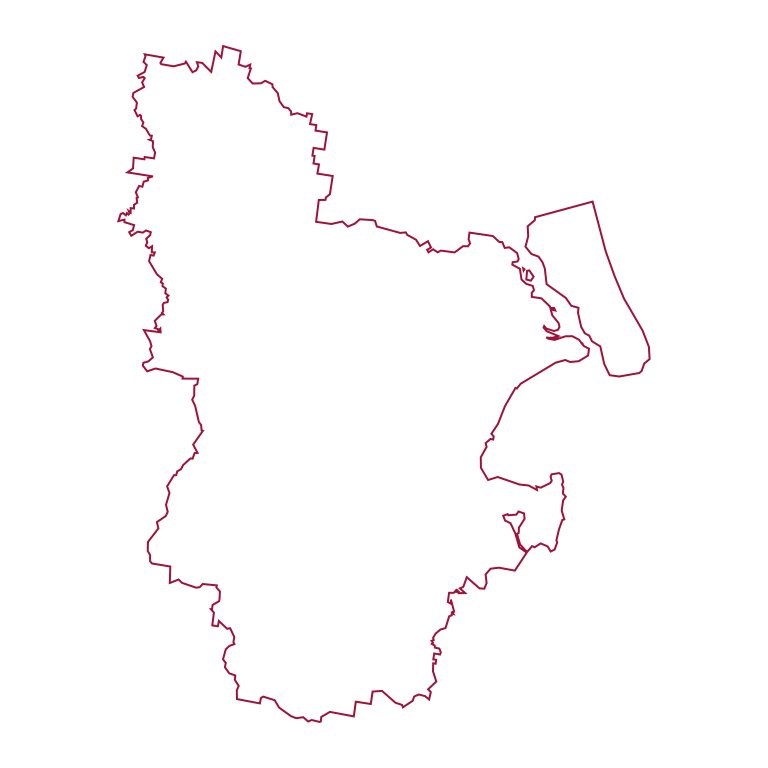 outline of Moreton Bay, Queensland, Australia
{"feature_id": "25037944B19400187923346", "entity_name": "Moreton Bay", "entity_type": "district", "adm_level": 2, "iso_a3": "AUS", "parent_name": "Australia", "parent_adm1": "Queensland", "projection": "orthographic", "projection_center": [152.949, -27.107], "detail": "fine", "context": "isolated", "style": "outline", "palette": "rose", "viewbox_px": 768, "rotation_deg": 0, "n_neighbors": 0, "source": "geoboundaries", "source_scale": "gbopen_adm2", "svg_char_len": 6091}
<svg xmlns="http://www.w3.org/2000/svg" viewBox="0 0 768 768"><path d="M514.9,570.6L526.7,552.6L519.3,547.4L515.4,533.6L510.5,523.2L505.1,520.6L503.2,515.7L507.6,514.1L508.2,515.3L516.4,514.6L518.5,511.5L524.0,513.4L524.6,518.8L518.9,527.7L518.7,532.9L517.0,533.9L520.1,544.5L525.7,550.6L527.6,551.4L532.1,546.1L534.7,547.3L540.6,543.4L547.6,546.4L550.7,551.5L554.6,549.6L557.2,542.4L556.4,540.3L559.0,529.3L562.3,520.0L564.3,519.4L561.7,510.5L563.1,500.5L565.8,496.7L562.8,493.3L563.5,488.0L562.0,484.7L563.2,481.6L561.5,474.6L559.1,473.1L551.6,474.3L550.6,476.9L551.7,480.8L550.3,483.0L540.7,487.7L536.4,486.4L537.0,490.0L528.7,485.5L519.5,484.5L497.7,477.0L488.1,480.0L480.9,467.8L480.8,457.2L486.6,446.9L485.6,443.2L490.4,439.0L493.2,439.5L493.7,436.4L491.4,433.8L498.0,423.9L504.9,406.3L515.5,387.9L516.9,388.5L520.7,383.7L555.6,362.7L565.3,360.0L570.2,362.0L578.8,361.2L588.1,355.5L589.0,348.7L583.8,346.0L582.2,343.8L583.1,343.0L581.8,343.6L579.1,339.8L572.3,336.2L565.5,336.3L554.6,339.9L548.3,338.7L546.3,337.4L551.3,338.2L558.3,336.0L546.7,331.2L543.6,327.6L544.2,326.0L546.3,328.6L554.1,331.0L558.0,329.8L559.5,326.9L558.6,323.1L552.3,315.3L549.9,306.4L541.4,298.3L531.8,296.9L531.8,292.8L534.0,290.2L532.7,285.9L526.3,283.9L521.5,279.5L519.9,268.8L512.3,264.6L512.7,262.2L517.5,261.5L518.7,259.0L517.1,253.1L509.3,247.3L504.7,247.9L502.3,242.1L499.3,242.0L492.8,236.0L469.5,232.6L468.6,239.2L470.1,243.3L468.0,246.3L463.0,246.2L454.7,252.4L440.8,250.6L437.7,252.3L433.1,249.3L428.5,252.3L427.1,249.8L431.0,247.5L428.0,241.2L420.0,246.0L416.0,239.7L407.1,234.8L405.9,232.4L400.1,232.9L376.8,226.5L375.1,221.0L372.8,220.1L359.8,219.3L354.7,223.7L347.8,226.6L342.4,221.5L331.4,224.0L316.1,221.8L318.8,200.0L325.4,199.9L325.9,197.5L329.9,194.2L332.7,176.0L317.4,173.6L319.0,164.4L313.5,163.5L314.6,156.0L312.4,155.7L313.6,147.9L324.4,149.6L327.0,132.4L315.5,130.6L316.3,125.1L310.0,124.1L312.2,114.1L307.0,113.3L306.5,116.6L297.4,113.2L291.2,114.7L291.0,111.4L288.3,108.1L283.9,107.2L279.5,101.2L277.8,93.2L272.6,87.1L272.4,84.3L265.2,80.8L261.0,83.3L252.7,83.5L247.7,78.1L250.9,68.4L249.5,68.2L250.2,64.6L245.4,66.8L238.6,64.5L240.8,51.2L223.1,46.1L221.3,57.5L215.5,51.4L211.2,71.9L202.2,62.9L196.9,62.2L198.3,66.4L196.2,70.4L192.5,72.2L185.9,61.6L184.8,63.5L173.7,66.3L161.3,64.2L160.4,62.9L163.5,57.6L144.7,54.3L145.5,56.2L143.5,61.9L146.8,65.1L144.6,72.0L137.7,75.7L139.0,78.0L143.4,76.9L144.7,78.2L142.1,82.4L144.1,87.0L133.4,92.9L132.6,96.8L136.9,102.6L136.1,108.6L134.5,110.1L137.6,116.3L140.1,114.9L141.1,115.9L141.1,119.2L143.4,122.5L142.1,126.1L145.9,128.8L149.9,135.5L151.8,135.7L151.1,139.3L149.5,139.7L153.1,141.3L152.7,147.1L155.1,152.5L154.0,158.4L144.7,157.0L144.4,159.3L133.7,157.7L133.0,168.5L127.4,172.4L152.9,176.4L147.8,178.0L148.0,180.4L143.7,181.7L142.4,186.7L139.1,186.0L135.8,192.3L137.9,197.4L136.6,197.9L137.2,202.7L134.0,204.8L134.0,208.5L130.7,208.1L130.6,212.5L128.8,211.1L129.7,213.3L128.5,214.6L126.9,213.1L125.9,215.3L123.0,213.0L120.6,214.1L118.4,221.1L124.4,219.6L124.5,222.2L134.1,225.1L132.8,230.1L129.2,232.2L131.3,235.8L137.7,231.7L142.8,232.6L146.1,230.5L150.8,232.2L150.1,235.2L146.2,238.9L147.3,242.1L145.8,245.8L148.9,248.2L152.1,246.2L151.8,252.4L154.8,252.4L153.6,255.6L150.5,255.0L149.1,261.2L157.0,274.4L162.2,278.8L160.8,282.3L162.8,283.5L162.5,286.2L165.9,288.6L165.3,293.3L168.5,295.6L166.6,297.3L168.2,299.8L167.5,302.1L163.7,303.0L162.7,304.9L163.2,311.4L162.0,312.9L163.4,314.4L161.2,314.5L154.8,320.8L156.5,325.9L154.9,328.0L158.0,329.1L158.3,330.8L160.3,328.6L160.6,332.3L143.9,330.1L150.1,341.2L151.5,346.2L149.9,349.1L152.9,357.4L148.3,361.4L143.4,362.8L142.8,365.6L147.2,371.3L155.5,368.5L172.9,372.2L182.8,376.6L182.5,378.6L198.2,378.7L197.3,384.2L194.3,385.6L194.2,395.6L192.2,399.7L195.1,405.7L198.9,422.1L201.1,425.0L201.6,430.4L202.9,430.8L193.2,444.6L197.5,452.9L194.6,453.1L192.6,458.7L190.4,458.4L183.2,465.0L181.0,469.2L177.2,471.4L176.2,475.1L174.0,475.2L167.1,486.4L169.5,493.0L166.0,504.8L167.7,511.8L165.8,516.0L156.9,522.1L158.4,528.4L148.0,541.9L147.7,550.9L150.1,555.1L150.1,561.2L152.0,563.5L170.3,566.5L169.8,583.0L178.6,579.5L182.1,582.9L196.2,587.7L199.7,587.2L202.7,584.0L216.8,585.4L216.4,587.5L219.9,591.4L219.6,598.4L219.1,601.2L212.6,604.9L212.1,608.9L210.8,609.1L213.9,612.6L212.3,625.4L217.9,626.3L218.9,621.0L227.2,628.8L230.1,628.2L234.3,637.0L233.4,642.1L234.4,644.1L229.4,645.9L225.8,649.3L223.0,659.3L225.8,663.0L224.9,667.1L229.2,673.3L235.3,675.5L234.8,679.8L238.7,685.9L236.8,690.5L237.0,699.1L259.9,703.4L260.9,698.0L263.2,696.6L274.7,700.2L279.1,707.6L290.9,716.1L296.2,718.2L303.2,717.2L308.2,721.5L311.7,720.0L319.4,721.9L320.8,721.5L321.3,716.9L329.9,711.9L353.8,716.4L355.8,701.7L370.8,704.0L372.6,691.6L382.0,690.9L395.4,702.7L402.0,704.9L402.9,707.3L412.7,700.8L414.2,696.5L418.8,694.5L425.0,696.1L429.1,699.5L430.8,692.1L428.1,689.3L436.3,681.5L433.0,671.3L433.2,663.3L435.6,663.7L436.2,659.8L433.3,659.4L434.2,653.5L440.0,654.5L440.8,652.4L439.4,648.6L434.9,647.6L434.7,645.5L431.8,643.9L433.0,642.7L431.6,640.8L433.7,640.0L433.1,637.8L435.6,633.6L440.5,629.5L445.5,628.1L449.2,616.3L451.7,615.3L451.8,613.2L453.4,613.8L452.4,612.1L454.1,611.6L450.9,599.5L451.2,603.8L447.8,602.0L449.1,592.8L453.8,592.8L456.4,589.8L457.6,590.4L456.3,591.9L458.8,592.0L458.7,593.2L465.1,593.0L459.9,588.4L463.3,586.9L466.8,577.2L479.5,588.4L484.3,588.7L486.6,583.1L485.6,574.4L490.6,568.7L499.0,567.7L514.9,570.6ZM592.6,201.6L535.1,217.2L534.8,220.2L527.7,226.3L528.2,236.3L525.5,246.7L531.4,254.0L538.5,256.6L542.4,262.1L544.8,268.4L546.6,284.2L565.8,297.9L571.3,305.8L578.5,307.8L578.0,312.9L581.2,326.9L584.8,333.3L589.3,335.7L592.0,341.3L600.3,346.4L604.2,363.9L609.7,375.2L619.3,376.5L639.3,373.0L641.7,370.9L644.2,363.6L649.6,359.1L648.9,346.9L642.6,330.6L624.0,298.6L614.4,275.6L605.7,251.3L592.6,201.6ZM533.6,276.7L529.3,270.4L527.1,270.9L526.3,279.5L530.9,280.7L533.6,276.7ZM551.9,308.0L552.5,309.9L555.3,310.5L554.1,308.0L551.9,308.0ZM553.2,337.8L555.0,339.0L556.4,338.0L553.2,337.8ZM523.2,268.4L523.6,270.6L524.5,269.3L523.2,268.4Z" fill="none" stroke="#9f1239" stroke-width="2"/></svg>